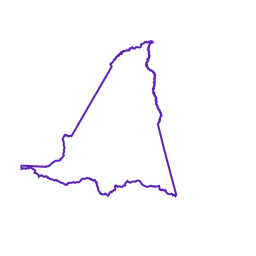 Picunches, Neuquén, Argentina, rotated 299°
{"feature_id": "61730980B43835404707600", "entity_name": "Picunches", "entity_type": "district", "adm_level": 2, "iso_a3": "ARG", "parent_name": "Argentina", "parent_adm1": "Neuquén", "projection": "albers", "projection_center": [-70.26, -38.618], "detail": "fine", "context": "isolated", "style": "outline", "palette": "violet", "viewbox_px": 256, "rotation_deg": 299, "n_neighbors": 0, "source": "geoboundaries", "source_scale": "gbopen_adm2", "svg_char_len": 5779}
<svg xmlns="http://www.w3.org/2000/svg" viewBox="0 0 256 256"><g transform="rotate(299 128 128)"><path d="M92.8,202.7L127.3,169.5L145.8,152.3L146.2,152.3L146.3,152.1L147.5,152.3L147.7,152.2L148.0,152.5L148.7,152.6L149.2,152.4L149.3,152.0L150.1,152.2L150.7,151.4L151.3,151.7L152.3,151.1L152.6,151.2L153.9,150.9L154.3,151.0L154.5,150.9L155.0,151.2L155.2,150.6L155.7,150.5L155.7,150.2L156.1,149.8L156.6,149.9L156.9,149.7L157.4,149.1L157.3,148.5L157.7,148.3L157.8,147.9L158.9,147.0L158.8,146.3L159.2,146.0L159.2,145.3L159.8,145.1L159.9,144.5L160.5,144.0L160.6,143.6L161.0,143.4L161.2,143.5L161.4,142.8L161.8,142.5L162.0,141.5L162.4,141.5L162.5,141.1L163.6,140.3L164.4,140.6L165.3,139.6L165.7,139.5L165.7,139.2L165.4,139.0L165.7,138.7L165.9,138.9L166.3,138.5L166.5,138.8L167.1,138.4L167.3,138.6L167.9,138.2L168.0,137.8L168.4,137.8L168.6,137.4L168.5,136.8L168.9,136.1L169.4,135.9L169.3,135.4L169.9,135.0L170.0,134.3L170.6,134.2L170.5,133.9L170.9,133.2L171.6,133.4L171.6,132.7L172.6,132.2L173.4,131.3L173.9,131.4L174.1,131.1L174.9,131.6L175.1,131.3L174.7,131.0L174.9,130.8L175.5,131.0L175.7,130.7L176.6,130.5L176.9,130.8L177.6,130.8L178.6,130.0L179.6,130.0L179.7,129.6L180.2,129.4L180.2,128.7L180.6,128.8L180.9,128.4L181.0,128.4L181.1,128.7L181.3,128.4L181.9,128.7L182.2,128.5L182.3,128.2L183.7,127.7L183.7,127.2L184.3,127.3L184.3,126.9L185.5,126.8L185.6,126.4L186.3,126.2L186.8,125.8L187.1,126.0L187.8,126.0L187.8,125.8L187.5,125.6L188.5,124.8L188.3,124.3L188.8,124.1L188.6,123.8L189.1,123.4L189.0,122.9L189.4,122.8L189.6,122.0L189.3,121.9L189.5,121.5L189.5,121.1L189.7,120.3L189.2,119.7L189.5,119.5L189.3,119.0L189.7,118.2L189.6,117.9L189.7,117.6L189.5,117.2L189.8,117.0L189.8,116.6L190.3,116.4L190.6,115.9L190.6,114.8L191.2,114.7L191.2,114.1L191.8,114.2L191.9,113.8L192.2,114.0L192.6,113.9L193.3,113.2L193.2,112.9L193.6,112.9L194.1,112.4L195.5,113.0L196.0,112.5L196.5,112.8L196.6,112.4L197.3,112.3L197.5,111.9L197.7,112.3L198.0,112.0L198.5,112.0L199.3,112.5L200.0,112.1L200.5,112.2L200.8,111.9L201.4,111.9L201.5,111.6L201.8,111.5L201.7,111.1L202.9,110.7L203.2,110.3L203.3,109.9L204.6,109.8L205.4,109.2L205.4,108.9L205.7,108.7L205.8,108.3L205.6,108.2L206.5,107.3L207.0,107.4L207.4,107.2L207.6,107.5L208.0,107.1L208.5,107.2L208.6,106.9L209.0,107.1L209.4,106.7L210.3,106.7L210.7,106.4L210.9,106.6L211.2,106.4L211.5,106.5L212.0,106.2L212.9,106.2L213.2,106.6L213.4,106.0L213.5,106.7L213.9,107.0L214.3,106.9L214.5,107.3L215.0,107.5L215.1,107.8L215.4,107.2L215.1,105.9L214.9,105.7L213.9,105.4L213.5,104.4L212.0,103.3L212.2,102.2L211.5,101.2L209.6,100.6L207.5,98.9L205.6,99.7L204.6,99.5L203.9,99.1L203.7,98.7L203.6,97.6L202.7,96.0L202.4,95.8L201.3,95.8L201.0,95.1L200.3,94.8L200.2,94.1L200.6,92.5L199.3,92.2L198.7,91.0L198.3,90.8L197.2,91.5L196.4,91.5L196.2,90.7L195.9,90.5L195.3,89.8L195.4,89.0L194.6,88.7L193.8,87.4L192.8,87.2L192.7,87.0L193.1,86.6L193.0,86.4L191.2,86.5L191.4,85.6L190.4,85.1L190.2,85.4L189.9,85.5L190.2,86.2L189.8,86.4L189.6,86.4L189.5,85.9L188.5,84.8L187.8,85.0L187.5,84.4L187.2,84.2L186.7,84.9L186.4,84.8L186.3,84.0L185.3,83.9L184.9,83.4L184.2,83.2L183.6,83.6L182.8,83.6L182.5,83.2L182.2,83.1L181.5,83.5L181.1,82.8L179.5,82.9L177.6,82.6L176.9,82.0L176.0,82.0L175.7,81.7L174.7,82.2L174.6,83.1L173.6,84.0L93.6,82.5L93.6,81.9L92.9,81.2L92.5,80.6L92.1,80.5L91.8,79.7L92.2,79.0L92.2,78.6L91.5,77.9L91.3,77.3L91.8,76.9L91.7,76.4L90.8,75.9L89.9,76.2L87.6,76.0L86.9,76.2L85.8,77.0L85.7,77.3L83.9,79.1L81.8,80.1L80.7,81.4L79.7,82.2L79.4,82.4L78.3,82.2L76.7,83.5L73.8,84.0L73.0,84.8L72.9,85.2L69.1,84.6L68.3,84.1L68.3,84.3L67.9,84.4L67.1,84.4L65.6,83.1L64.7,81.2L64.0,80.3L59.2,78.1L56.5,77.5L55.7,76.6L55.1,75.3L54.3,75.2L43.6,53.3L42.8,53.3L41.6,54.0L41.2,54.6L40.6,54.8L42.4,56.5L42.4,56.9L42.9,58.0L42.9,58.8L44.7,59.4L44.5,60.6L46.1,61.9L46.2,63.0L46.1,63.8L46.2,64.8L46.0,65.3L46.1,66.6L45.6,67.7L44.1,67.7L43.3,68.2L44.0,70.2L43.7,71.9L43.3,72.8L42.1,73.6L44.8,75.3L44.6,77.0L44.8,77.6L44.6,78.5L45.4,79.0L46.1,79.8L46.2,80.7L45.9,81.3L46.1,81.8L45.5,82.2L45.8,83.2L45.6,84.4L45.7,85.0L46.1,85.2L46.0,86.0L46.4,87.2L46.3,89.2L47.4,89.9L47.9,90.6L47.8,91.3L47.4,92.1L47.8,93.6L47.6,95.5L48.3,98.1L47.9,100.4L48.3,100.9L48.4,101.5L48.7,102.2L49.2,102.4L49.7,102.0L50.7,102.3L51.6,103.2L51.8,103.8L52.3,104.2L52.4,104.8L54.3,106.7L54.3,108.0L54.5,108.4L56.1,109.9L56.5,110.7L56.5,111.1L57.8,111.9L59.4,112.0L61.6,112.6L61.9,113.0L62.0,114.1L62.8,115.1L64.3,116.1L64.9,118.1L65.3,118.4L65.1,118.9L65.2,119.7L65.0,120.0L65.6,120.5L65.1,122.1L65.2,123.4L65.4,123.6L66.1,123.6L66.3,124.1L66.1,125.0L65.3,125.9L65.5,126.1L65.4,126.7L65.1,127.2L64.2,127.5L64.1,127.8L63.3,128.1L62.3,129.0L61.8,130.0L61.8,130.3L60.8,131.2L59.7,131.6L58.4,133.6L58.2,134.9L57.9,135.2L57.3,135.3L57.5,135.7L57.1,136.7L57.8,137.7L57.8,138.7L58.8,139.7L59.7,139.9L59.8,140.5L59.3,141.3L59.5,141.9L59.0,143.3L60.9,143.6L62.4,143.4L63.8,143.7L64.1,144.2L63.9,144.9L65.2,145.0L65.8,145.6L67.0,145.8L67.5,146.6L68.9,146.3L70.7,144.9L71.6,144.9L72.0,145.5L71.8,146.3L71.8,147.3L71.6,147.7L72.7,148.5L73.3,150.9L73.9,151.5L75.6,152.1L76.1,153.3L76.4,153.4L78.0,152.5L78.6,152.4L80.6,153.5L81.3,153.2L81.3,153.9L81.1,154.3L81.1,155.2L81.3,155.6L81.1,156.2L81.5,156.8L82.4,157.1L83.8,158.4L84.8,160.6L85.8,161.0L86.9,162.2L87.3,163.5L87.2,164.3L86.7,165.0L85.4,168.2L85.4,171.2L85.8,173.2L86.2,173.8L86.7,174.2L87.4,175.2L88.3,175.5L88.6,176.1L88.5,177.0L88.9,177.3L88.8,177.9L89.5,178.9L89.6,179.9L90.3,180.6L91.1,182.0L91.8,182.4L92.4,183.3L91.8,183.7L91.1,184.5L89.9,185.1L89.6,186.1L89.8,187.3L90.7,187.6L90.4,188.2L90.5,189.1L91.6,190.1L91.5,190.5L91.6,191.3L90.8,191.4L90.6,191.7L90.4,192.9L89.9,193.9L89.8,194.6L90.0,195.8L90.3,196.2L90.8,197.4L91.4,197.8L91.6,198.1L91.5,198.7L91.7,199.3L91.2,199.6L90.9,200.0L91.7,200.8L91.4,202.6L92.8,202.7Z" fill="none" stroke="#5b21b6" stroke-width="2"/></g></svg>